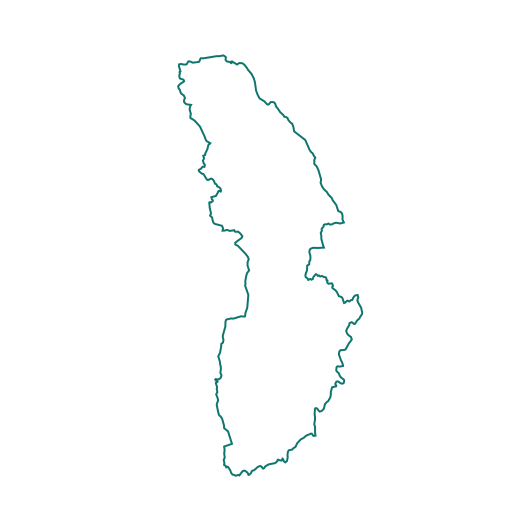 outline of Turrubares, San José, Costa Rica, rotated 162°
{"feature_id": "36466004B44597277334716", "entity_name": "Turrubares", "entity_type": "district", "adm_level": 2, "iso_a3": "CRI", "parent_name": "Costa Rica", "parent_adm1": "San José", "projection": "natural_earth1", "projection_center": [-84.504, 9.748], "detail": "fine", "context": "isolated", "style": "outline", "palette": "teal", "viewbox_px": 512, "rotation_deg": 162, "n_neighbors": 0, "source": "geoboundaries", "source_scale": "gbopen_adm2", "svg_char_len": 6077}
<svg xmlns="http://www.w3.org/2000/svg" viewBox="0 0 512 512"><g transform="rotate(162 256 256)"><path d="M339.7,52.5L335.2,55.5L333.4,55.5L332.8,55.1L331.3,53.0L330.9,52.0L330.8,50.2L330.3,50.0L328.2,50.8L326.3,52.8L323.9,52.9L319.3,54.9L316.9,55.0L316.5,54.7L315.7,53.7L315.2,51.9L314.7,51.5L313.5,51.9L312.6,52.8L311.4,53.3L308.0,53.9L301.9,53.1L299.2,54.2L298.7,55.2L297.9,55.5L297.1,54.7L295.1,53.6L294.5,53.7L293.4,55.0L293.0,54.4L292.9,52.1L292.0,50.7L290.0,51.4L288.2,54.4L287.3,57.6L286.4,59.4L285.5,60.6L284.5,61.1L281.5,60.7L279.9,61.6L277.5,62.2L274.7,65.2L270.2,67.7L266.9,68.3L264.0,69.6L258.7,70.1L257.9,69.8L256.9,67.1L254.9,66.8L254.4,69.8L252.6,75.4L252.6,78.0L250.5,82.0L249.6,84.8L249.2,87.3L247.3,92.1L246.7,92.8L245.5,92.6L244.9,91.8L244.3,89.8L243.6,88.4L241.6,88.3L240.5,88.8L238.6,89.8L236.2,93.8L233.5,95.4L232.3,95.6L229.0,98.6L227.7,100.9L226.8,103.7L224.2,107.6L220.1,107.3L219.7,108.2L220.1,109.0L220.1,109.9L218.9,111.2L218.3,111.6L217.3,111.6L216.4,111.0L215.0,109.0L213.7,108.0L212.3,107.9L211.7,108.3L210.7,110.0L210.6,111.1L212.9,114.6L213.3,115.9L213.5,118.9L214.9,121.4L215.0,122.5L213.8,125.2L213.3,125.7L212.3,125.8L210.4,124.9L207.2,124.5L207.0,125.3L207.0,128.5L207.4,130.1L207.6,136.7L206.5,139.1L205.1,140.2L204.1,140.2L202.8,139.7L200.8,139.4L199.6,139.5L195.0,143.9L190.7,147.0L190.7,149.6L192.7,152.4L193.3,154.3L193.4,156.8L191.7,158.9L188.9,161.2L187.7,163.3L185.4,163.5L183.7,161.0L182.9,160.9L179.8,163.4L176.9,164.7L175.1,166.5L173.4,167.7L172.5,169.2L172.0,174.4L173.2,179.9L173.3,182.6L171.5,185.1L171.4,187.5L174.1,187.8L176.3,186.4L177.9,184.5L179.1,184.7L181.3,183.9L182.6,185.2L183.4,185.2L185.6,184.1L186.8,184.1L186.8,189.3L187.4,190.6L189.6,192.2L190.2,196.5L190.9,198.6L193.2,201.9L193.1,203.0L192.0,203.8L192.1,206.3L192.4,206.6L195.6,207.2L196.3,208.2L196.4,209.4L195.7,210.0L195.6,210.7L196.4,211.4L196.0,213.0L196.0,213.7L196.4,214.3L198.0,215.0L199.3,216.6L201.3,216.7L202.1,218.0L203.3,217.9L203.9,219.6L204.8,220.2L207.7,218.5L209.1,216.6L210.5,216.3L211.4,217.4L213.7,217.1L213.8,218.5L215.2,220.5L215.2,221.6L214.6,223.1L213.5,224.8L212.7,225.5L211.8,227.0L210.2,231.1L208.0,231.6L206.9,234.5L205.9,235.0L205.1,236.6L204.2,239.4L204.1,243.1L203.0,245.3L202.0,246.0L199.3,246.2L194.6,244.5L188.8,243.0L188.9,245.9L188.6,252.0L187.6,255.2L187.3,257.9L185.5,259.7L185.3,261.3L184.9,261.8L182.8,263.0L181.9,264.6L180.3,264.8L178.8,264.2L177.1,264.5L176.1,263.2L175.3,262.8L173.6,262.7L171.1,263.1L169.4,262.8L165.9,260.9L162.1,260.7L162.5,263.9L161.2,267.6L161.1,270.0L161.5,271.0L162.5,272.3L163.9,273.3L163.9,279.6L165.9,285.7L166.0,287.7L168.0,291.6L168.9,295.1L170.7,298.4L171.7,301.8L171.9,305.8L170.9,307.5L170.4,309.1L170.1,318.4L170.7,322.7L172.0,325.3L172.0,326.2L171.4,327.3L171.2,328.7L170.1,330.4L169.3,331.0L169.3,331.5L170.0,333.3L170.3,335.9L171.5,337.9L172.2,340.1L173.3,351.1L181.2,362.7L180.6,366.8L180.7,370.6L181.9,372.1L182.7,374.0L183.3,375.6L183.4,377.6L184.5,378.8L186.0,379.7L186.5,381.7L188.5,385.2L189.8,389.7L190.7,391.8L190.7,395.0L191.2,396.3L192.4,397.2L194.5,397.8L197.2,396.2L198.1,396.4L198.9,397.4L200.1,400.3L203.9,404.8L204.6,408.7L204.8,413.3L203.3,421.9L203.2,425.6L204.0,430.6L206.2,435.8L206.3,436.9L207.7,440.9L209.0,443.1L209.8,443.7L212.3,444.7L214.9,444.0L218.7,448.5L219.2,448.5L219.3,447.3L220.0,447.1L221.1,448.7L223.4,449.9L224.3,451.4L224.3,452.1L223.4,453.9L223.3,454.6L224.9,456.8L229.4,457.4L231.6,458.2L245.1,460.3L247.2,461.1L248.1,460.6L249.9,458.4L250.6,458.3L256.4,459.4L258.1,461.0L259.7,461.9L260.5,461.8L262.6,459.8L263.2,459.7L265.9,460.5L267.6,461.7L269.9,462.0L270.7,460.2L270.8,454.9L271.9,454.5L271.9,453.3L273.2,451.3L273.6,449.3L273.5,448.5L273.0,447.9L270.5,446.1L270.3,444.5L271.4,443.9L273.6,443.5L276.3,442.4L277.6,441.4L277.7,439.0L277.2,438.2L277.1,433.9L275.1,431.0L274.8,429.3L274.8,428.2L276.3,426.3L276.6,425.6L276.7,424.2L275.7,422.3L274.7,421.5L271.1,419.8L272.4,418.6L273.6,416.6L274.0,414.5L274.0,411.4L275.4,408.9L275.6,407.2L274.1,405.8L272.4,403.4L269.3,396.5L268.0,386.1L267.8,381.5L267.4,380.5L264.6,377.4L264.9,377.1L266.6,376.6L267.1,376.1L269.1,372.8L272.5,369.3L273.2,367.8L275.2,367.6L275.2,364.9L277.0,363.1L277.1,360.2L276.4,358.6L277.5,356.7L279.2,357.4L281.4,356.0L283.6,355.6L284.0,355.2L283.9,353.9L282.9,352.4L281.8,350.8L280.8,350.2L280.3,349.0L279.5,345.2L278.7,343.3L277.5,343.0L276.6,343.4L274.6,343.4L273.8,342.8L272.9,340.9L272.6,337.4L272.0,337.1L271.4,335.9L271.4,334.2L270.3,333.4L269.3,331.9L269.0,331.3L269.0,329.5L269.2,328.7L269.7,328.2L271.0,329.4L271.7,329.3L272.9,327.9L275.6,325.5L280.3,325.7L280.4,323.7L280.0,322.9L280.0,321.7L282.0,320.9L282.7,320.9L283.1,321.4L283.9,321.3L285.1,316.3L285.6,310.7L286.0,309.8L287.1,308.8L287.1,308.3L286.1,306.7L285.9,305.9L286.3,302.6L286.1,300.6L285.3,299.3L279.0,295.2L278.8,292.4L280.0,290.4L277.6,289.8L275.9,289.8L274.9,289.4L273.3,288.0L268.7,287.2L268.7,286.3L268.3,285.6L267.7,285.2L265.5,284.7L263.9,282.1L262.9,279.2L263.1,278.5L264.2,277.6L271.6,275.1L272.1,273.3L270.0,271.1L265.4,261.6L264.1,258.0L263.9,255.2L265.8,252.9L267.0,249.6L267.0,244.4L269.7,242.6L271.0,240.8L273.9,235.5L274.7,232.5L275.5,231.3L275.3,221.4L280.3,209.5L283.5,205.3L284.9,202.3L285.1,202.0L285.9,202.0L288.9,203.3L296.1,203.4L297.4,203.6L299.0,204.3L303.4,204.7L304.5,204.3L305.5,202.5L307.0,198.3L312.2,190.5L312.7,188.9L312.8,186.5L314.1,183.9L316.2,183.1L317.1,180.7L320.1,175.1L322.9,172.2L323.0,166.7L323.5,164.5L323.8,161.2L324.3,159.4L326.0,155.9L325.7,153.3L326.4,152.0L327.7,150.7L329.3,150.4L331.2,150.5L332.2,151.4L332.9,151.1L332.7,149.9L331.3,149.2L331.2,148.8L331.5,148.2L333.5,147.6L333.5,143.8L333.9,142.4L334.4,141.9L334.8,138.5L336.6,136.8L336.4,132.0L336.8,130.2L338.9,127.5L339.4,126.4L340.3,118.3L340.3,116.2L339.1,113.9L338.5,111.8L338.8,104.7L339.5,102.2L336.8,97.8L336.9,84.8L345.2,84.6L345.7,81.5L347.3,77.9L348.0,74.0L349.7,72.0L350.1,68.7L350.9,67.2L349.7,65.8L349.6,64.2L348.9,64.1L348.4,64.4L347.9,64.2L346.7,60.2L346.7,57.6L345.9,55.4L344.5,54.6L343.3,53.3L340.6,53.3L339.7,52.5Z" fill="none" stroke="#0f766e" stroke-width="2"/></g></svg>